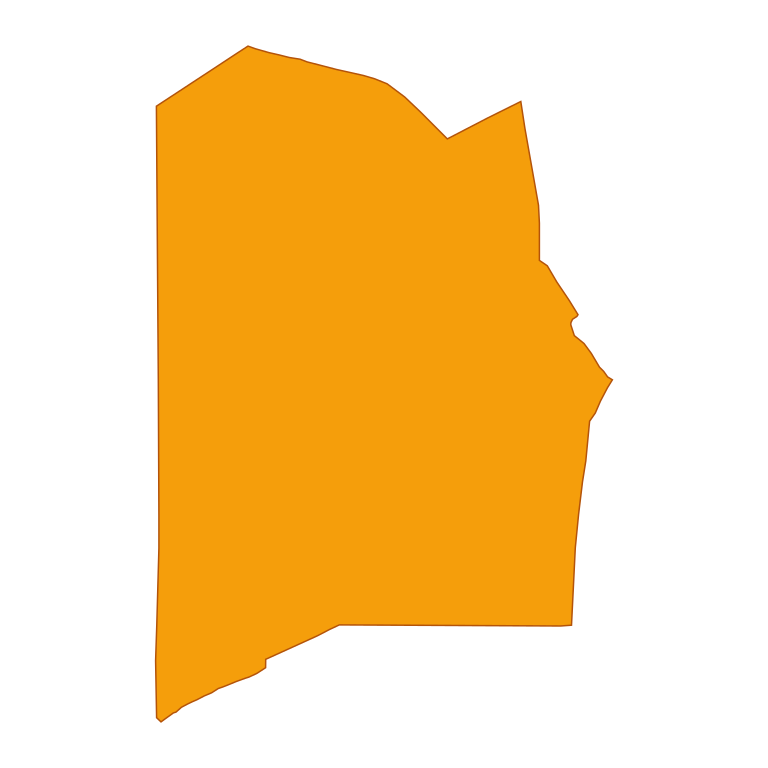 the district of Bilma, Agadez, Niger
{"feature_id": "23599985B30294266740058", "entity_name": "Bilma", "entity_type": "district", "adm_level": 2, "iso_a3": "NER", "parent_name": "Niger", "parent_adm1": "Agadez", "projection": "robinson", "projection_center": [13.432, 20.296], "detail": "fine", "context": "isolated", "style": "filled", "palette": "amber", "viewbox_px": 768, "rotation_deg": 0, "n_neighbors": 0, "source": "geoboundaries", "source_scale": "gbopen_adm2", "svg_char_len": 1099}
<svg xmlns="http://www.w3.org/2000/svg" viewBox="0 0 768 768"><path d="M156.8,624.3L155.6,660.7L156.6,717.7L161.0,721.9L164.4,719.4L173.4,712.9L176.0,712.1L181.4,707.3L187.4,704.1L192.4,701.7L196.8,699.8L204.3,695.9L211.6,692.8L218.3,688.5L222.7,687.0L227.3,685.2L236.3,681.5L245.1,678.3L248.9,677.1L257.0,673.3L265.6,667.7L265.7,659.3L317.6,635.7L329.5,629.5L339.3,624.9L542.7,625.9L560.5,626.0L571.5,625.2L575.3,547.8L578.6,514.2L582.5,481.8L585.8,461.0L589.6,421.2L595.3,413.0L600.5,401.0L607.5,387.7L612.4,379.8L607.6,376.9L603.7,371.4L599.5,367.2L591.3,353.4L584.0,343.5L574.3,335.6L570.8,324.8L570.9,322.7L572.5,319.3L576.9,316.4L578.0,314.7L569.2,300.4L556.8,282.0L547.3,265.8L539.4,260.4L539.4,223.1L538.5,205.3L532.7,172.4L524.9,128.3L520.8,101.5L487.6,118.0L447.3,138.9L420.8,112.3L404.7,97.0L387.1,83.8L374.7,78.8L363.5,75.5L348.8,72.2L336.2,69.4L319.7,65.1L307.1,61.9L300.1,59.2L289.3,57.5L279.0,54.9L268.9,52.6L255.2,48.7L248.0,46.1L238.3,52.4L210.2,70.9L192.5,82.5L156.4,106.2L158.3,379.3L158.9,515.4L158.9,548.3L156.8,624.3Z" fill="#f59e0b" stroke="#b45309" stroke-width="1.5"/></svg>